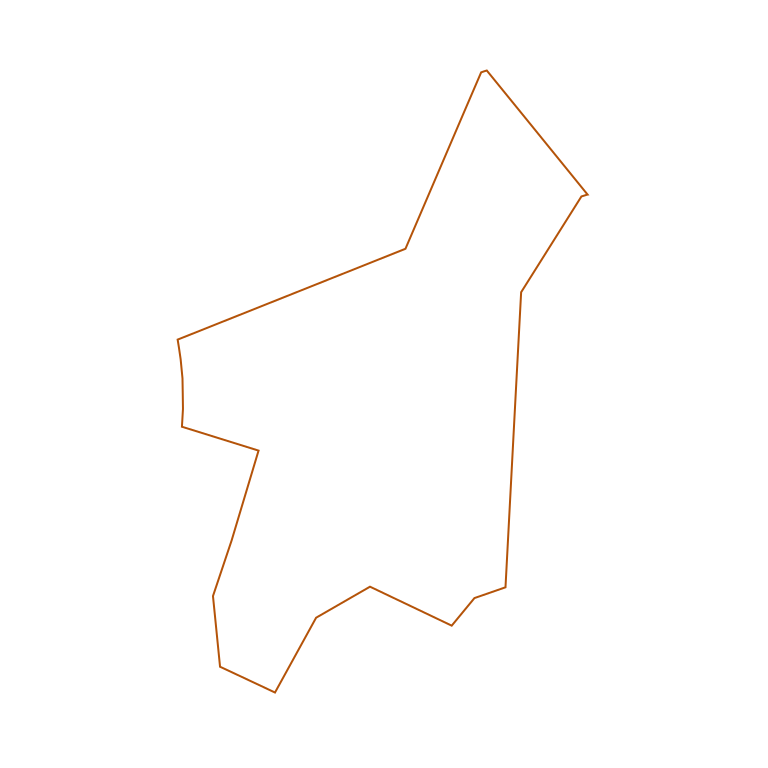 Cacoa/Babonneau, Castries, Saint Lucia (Natural Earth projection), rotated 247°
{"feature_id": "8701671B50625769822151", "entity_name": "Cacoa/Babonneau", "entity_type": "district", "adm_level": 2, "iso_a3": "LCA", "parent_name": "Saint Lucia", "parent_adm1": "Castries", "projection": "natural_earth1", "projection_center": [-60.951, 13.989], "detail": "fine", "context": "isolated", "style": "outline", "palette": "amber", "viewbox_px": 768, "rotation_deg": 247, "n_neighbors": 0, "source": "geoboundaries", "source_scale": "gbopen_adm2", "svg_char_len": 562}
<svg xmlns="http://www.w3.org/2000/svg" viewBox="0 0 768 768"><g transform="rotate(247 384 384)"><path d="M142.6,163.1L195.4,230.2L202.9,291.9L135.1,351.9L151.6,383.6L149.4,416.4L324.1,501.7L414.9,546.1L427.2,563.8L479.5,639.0L478.9,645.0L478.8,645.4L568.4,619.6L632.4,601.1L632.7,598.4L632.9,595.2L602.3,563.2L500.1,456.6L501.9,374.0L505.5,211.4L497.4,209.4L486.3,206.5L467.9,200.7L453.8,195.0L439.6,189.2L423.6,181.3L371.7,242.5L299.4,182.5L255.6,143.7L233.4,136.8L187.8,122.6L174.0,135.0L142.6,163.1Z" fill="none" stroke="#b45309" stroke-width="2"/></g></svg>